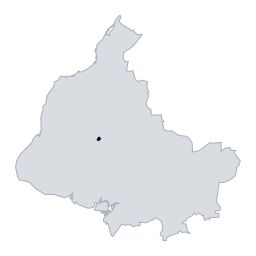 location of Alvorada, Tocantins, Brazil, rotated 180°
{"feature_id": "56859067B88530431125425", "entity_name": "Alvorada", "entity_type": "district", "adm_level": 2, "iso_a3": "BRA", "parent_name": "Brazil", "parent_adm1": "Tocantins", "projection": "orthographic", "projection_center": [-49.109, -12.409], "detail": "fine", "context": "in_parent", "style": "filled", "palette": "ink", "viewbox_px": 256, "rotation_deg": 180, "n_neighbors": 0, "source": "geoboundaries", "source_scale": "gbopen_adm2", "svg_char_len": 4270}
<svg xmlns="http://www.w3.org/2000/svg" viewBox="0 0 256 256"><g transform="rotate(180 128 128)"><path d="M53.7,40.4L56.6,42.8L60.4,41.3L61.6,43.0L63.7,40.4L68.8,37.7L70.0,35.3L73.3,33.8L73.6,32.4L69.8,32.0L68.9,25.9L65.7,22.2L70.1,23.9L74.0,23.6L76.7,25.4L77.6,23.0L87.5,19.6L89.7,17.4L89.6,15.6L92.5,15.4L93.4,16.2L92.4,19.4L95.0,20.1L95.8,22.6L94.1,24.7L93.2,29.8L95.1,35.2L99.7,38.1L101.8,37.6L102.8,35.8L104.6,36.1L110.0,33.1L116.7,33.8L115.7,31.5L116.8,30.0L118.1,30.6L122.5,29.4L127.5,32.0L129.7,30.7L134.4,31.6L143.3,19.3L144.8,20.6L147.7,31.7L149.2,33.5L152.2,34.4L152.6,37.3L147.5,42.7L144.4,44.5L140.2,52.0L136.2,53.1L140.4,53.3L146.7,49.5L147.9,54.2L149.6,55.7L156.0,54.0L154.1,59.4L156.6,55.1L159.6,52.6L161.1,53.4L161.7,52.6L161.1,50.6L163.1,48.3L168.1,47.8L178.8,52.0L179.6,54.1L181.1,52.7L183.6,54.3L184.3,56.1L183.0,57.4L183.5,58.0L184.9,56.8L185.2,58.0L184.0,59.2L183.2,62.9L184.9,61.4L186.1,58.6L186.3,60.6L191.1,58.2L202.3,61.6L211.1,61.6L219.8,66.9L227.2,74.2L236.5,76.0L238.3,78.6L240.4,88.9L239.3,95.4L235.5,102.0L225.0,112.5L225.0,111.6L223.0,116.5L219.7,120.8L218.2,121.4L217.1,119.4L216.2,120.3L214.7,125.0L215.2,138.5L213.0,146.2L213.2,149.3L210.2,152.5L209.1,160.2L202.1,169.8L201.6,174.2L197.7,175.9L195.7,179.6L190.7,179.6L189.7,178.1L189.3,179.7L181.6,179.9L181.9,181.2L177.0,184.2L174.2,184.1L169.3,186.6L163.2,191.2L162.1,193.4L161.0,192.5L160.6,193.5L159.3,193.1L161.0,194.4L159.6,195.8L159.2,198.3L160.2,203.6L158.8,211.5L153.9,216.0L148.1,226.7L142.5,231.5L142.4,229.9L146.3,227.9L149.7,222.1L149.8,221.0L147.4,221.7L146.0,219.8L146.8,221.7L146.2,223.8L142.8,227.4L141.7,230.3L142.1,231.8L139.7,237.2L136.3,240.6L135.4,240.2L135.3,237.5L137.2,235.1L133.9,231.3L126.6,227.1L124.3,224.8L122.3,226.1L122.0,224.4L117.8,220.7L115.9,221.8L113.9,221.3L122.0,210.8L123.0,210.8L122.8,209.8L132.3,203.4L133.0,198.2L131.1,194.5L127.8,194.6L129.5,185.7L127.4,184.4L123.1,185.3L120.6,176.1L117.0,174.5L114.4,175.7L108.7,174.6L109.2,168.4L107.1,163.6L108.7,162.5L107.1,161.2L110.2,152.0L108.1,148.0L104.9,146.4L104.9,140.8L94.7,141.1L94.1,136.5L92.0,134.3L93.8,134.2L92.1,126.5L88.8,124.9L84.8,125.3L77.3,120.6L69.7,119.7L66.3,117.1L63.9,112.9L63.4,103.9L56.8,105.4L45.9,113.4L42.6,112.7L34.9,113.7L34.8,104.3L31.3,107.8L26.2,108.5L24.9,105.6L20.5,105.5L21.6,102.9L15.6,94.9L17.0,93.3L16.7,91.0L19.9,88.1L19.2,86.0L20.9,80.1L26.4,75.9L32.1,73.5L36.7,73.8L39.5,55.4L38.2,51.6L35.8,49.6L35.9,45.5L40.9,44.6L40.0,42.4L37.0,42.6L37.1,38.9L46.4,38.1L46.3,36.5L47.7,37.8L50.7,35.5L52.3,37.7L52.5,40.7L53.7,40.4ZM150.5,44.7L161.5,45.7L158.9,52.1L156.9,52.2L156.5,53.3L154.9,52.8L153.1,54.4L149.0,54.4L147.5,51.2L148.5,50.4L147.2,49.3L148.1,45.6L150.5,44.7ZM141.1,52.4L142.8,47.8L144.5,47.2L144.4,50.0L141.1,52.4ZM153.5,42.4L152.4,44.1L149.9,43.8L150.3,42.7L153.5,42.4ZM149.7,40.6L149.3,44.1L148.3,43.7L149.7,40.6ZM155.3,44.6L153.7,44.8L153.0,44.5L154.9,43.5L155.3,44.6ZM148.1,44.8L146.5,45.9L145.8,45.3L147.0,44.3L148.1,44.8ZM151.0,41.7L150.3,41.0L151.6,40.3L151.7,41.0L151.0,41.7ZM150.2,32.8L149.3,33.0L149.1,31.7L149.9,31.7L150.2,32.8ZM160.5,206.9L160.2,205.8L160.9,204.8L161.1,205.1L160.5,206.9ZM177.9,183.7L178.1,185.0L177.0,184.7L177.9,183.7ZM160.0,199.1L159.6,198.4L160.3,197.7L160.5,198.0L160.0,199.1ZM184.6,60.6L183.9,61.9L184.6,60.0L184.6,60.6ZM217.6,121.6L216.5,121.9L217.2,120.9L217.6,121.6ZM184.3,180.4L183.3,180.8L183.1,180.6L183.7,180.0L184.3,180.4ZM215.7,124.0L215.3,124.7L215.1,124.2L215.7,124.0ZM181.7,51.5L181.7,52.3L181.4,52.1L181.7,51.5Z" fill="#d9dde1" stroke="#a8b0b8" stroke-width="1"/><path d="M158.3,116.3L158.3,116.2L158.2,116.2L157.9,116.1L157.7,115.9L157.6,115.7L157.4,115.7L157.4,115.8L157.3,116.0L157.2,116.0L156.9,115.9L156.7,115.8L156.7,115.7L156.7,115.8L156.8,116.0L156.7,116.1L156.6,116.3L156.5,116.5L156.5,116.8L156.4,116.8L156.3,117.0L156.2,117.2L156.2,117.3L156.1,117.5L155.9,117.6L156.0,117.7L156.1,117.8L156.1,117.7L156.2,117.8L156.3,117.8L156.5,117.9L156.8,117.8L157.0,117.8L157.1,118.0L157.3,118.3L157.4,118.2L157.5,118.2L157.7,117.9L157.7,117.7L157.8,117.5L157.9,117.4L158.0,117.4L157.9,117.4L157.9,117.2L158.0,117.0L158.1,116.9L158.1,117.0L158.1,116.9L158.3,116.9L158.3,116.7L158.2,116.7L158.3,116.6L158.2,116.5L158.3,116.5L158.4,116.4L158.3,116.3Z" fill="#0f172a" stroke="#020617" stroke-width="1.5"/></g></svg>